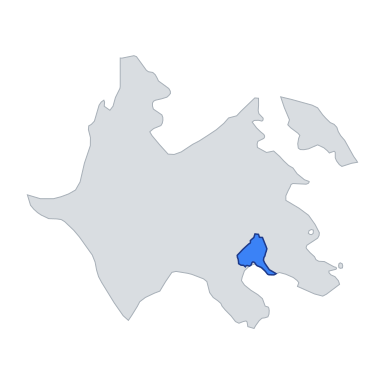 Samux on a map of Azerbaijan (Mercator projection), rotated 182°
{"feature_id": "AZE-1686", "entity_name": "Samux", "entity_type": "District", "adm_level": 1, "iso_a3": "AZE", "parent_name": "Azerbaijan", "parent_adm1": "", "projection": "mercator", "projection_center": [46.434, 40.941], "detail": "fine", "context": "in_parent", "style": "filled", "palette": "blue", "viewbox_px": 384, "rotation_deg": 182, "n_neighbors": 0, "source": "natural_earth", "source_scale": "10m", "svg_char_len": 3947}
<svg xmlns="http://www.w3.org/2000/svg" viewBox="0 0 384 384"><g transform="rotate(182 192 192)"><path d="M268.4,323.4L266.8,323.3L254.8,326.2L252.2,325.3L241.9,312.1L239.8,310.7L235.4,310.1L232.8,307.9L230.7,304.4L229.4,301.8L218.8,294.6L217.2,292.0L217.0,289.7L218.6,287.6L220.4,285.9L225.6,284.1L231.6,282.5L233.6,281.4L234.6,279.5L234.5,276.5L233.5,273.5L224.8,268.0L223.8,265.6L223.6,262.7L224.1,259.7L225.4,257.3L232.5,254.1L236.3,250.7L234.0,247.0L226.3,238.4L217.2,229.0L211.1,228.9L204.1,231.7L192.9,239.7L186.7,243.2L178.6,248.8L169.8,255.1L162.5,261.8L158.0,267.3L150.0,269.7L146.0,274.3L132.5,288.2L128.8,288.0L128.5,281.1L128.7,275.7L127.9,272.6L123.5,268.3L123.5,266.4L124.6,265.3L128.0,266.0L132.3,265.7L134.3,264.0L129.7,258.3L125.6,254.6L122.2,252.0L121.4,250.5L121.4,249.4L122.1,248.1L128.0,244.9L128.6,242.1L128.2,238.8L118.9,234.1L111.8,235.8L105.5,230.5L101.5,226.4L96.4,221.9L91.9,219.5L87.6,213.9L80.1,208.2L75.3,206.6L75.4,205.7L76.2,204.6L78.2,203.8L91.6,204.0L93.3,202.9L94.1,200.5L95.9,196.8L98.1,191.4L97.9,186.9L84.4,179.5L74.7,172.8L67.9,163.9L63.3,155.7L63.5,152.9L64.8,150.3L75.3,142.8L76.0,140.8L75.7,139.5L72.0,135.6L67.3,131.6L65.8,128.7L62.9,127.2L57.3,127.1L47.5,122.2L45.4,121.7L44.9,120.7L45.4,119.8L52.4,117.8L52.3,116.1L50.2,114.0L46.2,112.4L42.6,108.4L41.3,104.9L54.0,94.6L57.7,92.5L66.0,94.4L83.3,101.3L82.1,105.1L83.8,107.2L87.8,110.1L95.4,113.1L101.8,114.6L105.0,113.3L110.0,112.2L116.4,115.6L122.3,119.9L125.3,121.6L126.9,122.1L131.3,120.7L136.8,115.2L138.9,108.5L139.5,105.2L136.3,100.8L129.8,95.9L122.6,91.7L117.9,87.9L114.9,80.5L111.9,79.7L111.2,78.7L110.7,76.2L110.8,72.7L111.8,69.9L114.8,68.8L117.7,68.3L120.4,65.7L123.8,60.6L125.2,57.8L131.5,59.4L132.4,64.0L133.5,65.0L136.1,64.4L140.5,62.5L144.0,64.0L148.5,69.4L154.6,75.2L158.0,79.0L159.3,81.7L162.5,84.3L167.1,87.3L170.8,92.0L174.0,103.0L177.4,105.6L189.3,109.7L193.5,110.6L205.2,112.1L209.3,111.0L215.3,101.5L220.7,91.8L225.8,89.7L234.9,85.0L240.4,80.5L242.7,75.7L247.9,66.6L251.1,61.5L256.5,66.0L265.8,78.4L279.1,98.4L282.4,104.1L284.6,110.6L286.4,118.6L289.5,125.6L303.0,143.2L308.8,149.6L318.3,158.0L321.7,159.9L326.2,160.4L334.3,160.4L341.9,163.7L345.6,166.0L349.5,169.3L352.9,173.1L356.4,183.4L343.3,180.0L330.1,180.5L322.7,182.7L315.4,185.7L308.5,189.9L304.2,198.1L300.5,217.1L295.2,234.8L295.4,242.9L297.7,250.8L297.5,254.5L295.0,256.0L292.0,259.4L287.9,275.5L285.9,278.7L283.3,280.7L282.5,278.8L282.7,274.6L276.9,270.8L273.9,275.0L271.8,283.8L267.6,293.1L267.4,294.9L268.4,323.4ZM73.7,157.4L74.3,154.8L72.6,153.7L70.9,153.6L69.4,154.9L69.4,158.1L71.4,158.7L73.7,157.4ZM30.5,231.6L28.5,229.0L27.6,227.5L33.4,226.3L43.1,222.8L45.7,224.5L48.6,228.1L50.0,231.1L50.2,236.7L51.4,237.7L56.1,235.8L58.2,238.0L61.8,240.8L68.1,243.5L77.1,239.2L81.6,238.2L85.3,238.2L87.3,239.6L88.0,243.9L87.3,249.3L86.2,252.3L88.1,254.4L95.6,259.6L98.6,262.5L97.1,267.5L102.7,279.6L104.5,284.4L106.7,290.2L95.4,287.9L75.0,283.0L69.4,280.5L64.1,273.7L60.9,270.4L56.3,266.2L52.4,264.6L49.5,261.7L47.9,257.4L45.4,253.5L41.2,248.9L31.7,233.2L30.5,231.6ZM42.6,125.5L41.4,126.4L39.4,125.5L38.8,123.5L39.0,121.4L40.9,120.9L42.5,121.5L42.9,123.4L42.6,125.5Z" fill="#d9dde1" stroke="#a8b0b8" stroke-width="1"/><path d="M134.2,120.5L135.3,120.3L136.1,119.1L137.8,120.5L140.5,120.6L142.9,122.0L143.1,124.1L143.5,126.4L144.3,128.2L144.6,130.3L142.0,133.2L139.4,136.2L136.4,139.2L133.4,142.1L132.3,142.7L131.8,143.8L132.0,145.4L131.0,146.5L128.6,148.7L127.6,152.3L124.1,152.0L123.0,149.1L120.0,149.0L118.0,144.4L116.3,140.6L115.2,137.9L115.8,135.1L116.3,133.8L116.6,132.3L117.0,130.5L117.9,129.0L118.2,126.3L116.9,123.6L114.5,120.3L112.0,117.0L108.7,115.3L105.4,113.5L105.1,113.3L106.6,112.3L107.9,112.0L112.3,112.0L113.4,112.4L114.3,113.3L116.0,115.4L119.5,118.6L120.7,119.3L124.2,120.5L125.2,121.3L126.8,123.5L127.9,124.2L129.1,124.1L129.7,123.3L130.0,122.1L130.6,120.8L131.9,120.0L133.0,120.2L134.2,120.5Z" fill="#3b82f6" stroke="#1e3a8a" stroke-width="1.5"/></g></svg>